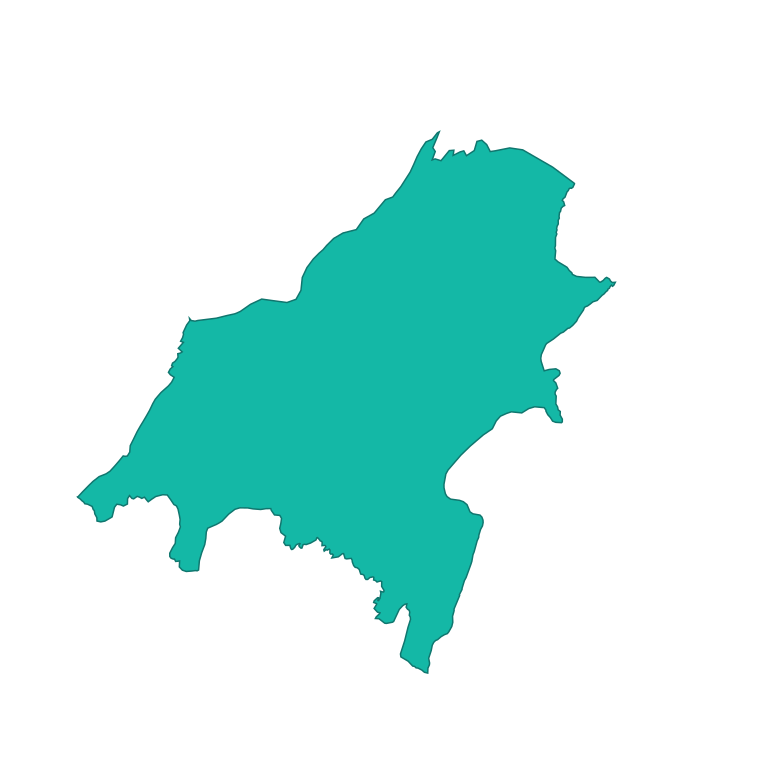 the district of Beyla, Beyla, Guinea, rotated 34°
{"feature_id": "49546643B61238663992809", "entity_name": "Beyla", "entity_type": "district", "adm_level": 2, "iso_a3": "GIN", "parent_name": "Guinea", "parent_adm1": "Beyla", "projection": "equal_earth", "projection_center": [-8.173, 8.91], "detail": "fine", "context": "isolated", "style": "filled", "palette": "teal", "viewbox_px": 768, "rotation_deg": 34, "n_neighbors": 0, "source": "geoboundaries", "source_scale": "gbopen_adm2", "svg_char_len": 6170}
<svg xmlns="http://www.w3.org/2000/svg" viewBox="0 0 768 768"><g transform="rotate(34 384 384)"><path d="M400.1,572.8L400.8,571.9L400.9,571.1L401.3,569.6L401.1,567.0L401.6,565.5L403.2,563.4L403.7,563.4L403.8,565.6L404.7,566.2L407.0,566.5L407.7,565.9L406.8,562.5L407.5,561.5L409.3,560.6L409.7,560.0L412.0,557.0L414.8,551.4L414.3,548.9L414.8,548.5L417.7,549.2L418.7,549.7L420.4,549.4L421.3,549.9L423.0,552.7L425.2,550.9L426.5,551.1L426.9,552.1L426.6,553.4L426.8,555.2L427.9,556.0L428.6,553.8L429.8,553.5L430.9,551.5L432.1,551.9L433.6,554.4L435.0,554.8L436.3,553.8L437.6,554.1L438.0,557.4L442.8,552.8L444.4,547.9L445.3,547.2L449.3,550.4L450.8,549.9L453.0,548.0L454.4,546.9L456.0,547.8L457.3,549.3L458.3,550.0L460.4,551.5L462.6,552.1L464.6,551.3L467.2,551.6L471.0,554.6L473.1,553.7L474.6,553.8L476.8,555.6L478.4,556.1L479.8,555.1L480.5,552.3L482.7,550.1L483.7,550.0L485.0,552.3L486.8,551.7L488.9,552.1L491.2,549.3L492.6,549.1L495.2,553.1L499.4,555.1L500.0,556.3L499.6,557.0L497.0,557.8L498.4,559.2L500.5,563.9L500.6,566.6L500.0,566.9L498.9,564.3L498.2,564.7L497.1,569.2L497.6,570.9L500.7,570.2L501.1,570.8L501.3,575.6L506.2,576.8L508.6,575.9L508.8,576.8L507.8,581.4L508.0,583.2L511.1,581.4L518.3,581.9L519.8,581.2L524.2,576.8L524.8,575.5L522.7,562.3L523.5,557.3L524.5,554.9L525.9,553.5L527.2,556.7L527.8,556.9L529.3,557.5L531.6,557.6L533.0,558.9L534.3,561.6L536.0,562.4L537.6,564.3L540.0,572.4L544.8,585.5L548.6,598.6L550.6,600.8L559.0,600.3L565.5,601.8L567.3,601.0L569.2,601.4L571.1,600.5L575.3,600.0L578.7,600.4L581.9,599.2L579.3,595.0L578.7,591.5L577.8,589.8L574.4,586.4L572.2,578.6L570.1,573.6L569.7,570.4L570.2,567.8L571.4,566.0L572.6,561.6L574.3,558.0L576.1,555.5L576.3,553.3L575.8,547.2L574.3,543.1L570.7,538.2L569.3,533.9L568.8,532.6L567.9,531.4L565.0,517.1L564.3,516.5L563.6,510.8L562.9,509.5L560.6,502.0L560.3,498.6L556.9,485.0L556.0,481.9L553.2,475.7L552.6,472.8L548.9,461.9L548.3,458.3L547.1,456.1L545.4,450.6L545.0,446.6L543.7,443.5L542.2,441.5L539.6,439.6L536.9,439.0L530.3,441.9L526.8,441.9L520.3,437.6L515.6,437.2L511.7,438.2L503.6,442.2L499.2,442.1L496.2,440.6L491.8,436.5L489.8,433.6L485.6,424.0L485.2,419.4L487.5,400.1L490.2,387.2L494.8,370.6L498.8,360.6L498.7,359.5L497.7,351.9L498.5,345.6L502.1,339.8L505.1,335.9L514.4,330.9L517.8,323.3L519.0,321.9L521.7,318.6L530.1,314.0L532.8,315.1L533.5,316.0L537.0,317.9L540.7,318.8L544.5,320.5L547.7,319.8L552.8,316.8L553.0,315.7L551.5,313.4L547.4,311.3L545.5,308.2L542.8,308.0L540.7,305.9L537.6,304.4L533.5,297.7L531.5,296.7L530.4,295.0L530.1,292.1L530.4,290.4L525.8,287.0L522.6,286.4L522.2,285.4L524.3,279.0L524.0,276.6L521.9,275.0L518.0,275.3L512.9,279.5L509.4,283.5L501.6,277.3L499.5,274.9L498.9,273.5L498.0,271.7L497.0,266.0L496.1,261.1L496.2,259.4L499.3,252.0L502.0,243.2L503.7,240.6L505.3,235.0L506.5,233.8L507.7,229.7L508.5,224.3L508.3,222.8L508.0,220.9L508.0,211.2L507.4,208.8L507.7,207.4L509.1,205.5L510.2,202.5L511.2,199.1L514.0,195.5L515.2,188.5L516.0,186.5L516.5,183.0L517.1,181.5L516.6,180.4L517.3,178.5L517.0,176.8L517.3,174.8L518.8,175.2L519.3,173.8L518.9,170.3L516.5,172.2L514.3,172.0L512.2,170.9L509.0,171.1L508.3,172.5L507.8,175.7L506.4,178.7L505.7,179.0L499.2,177.6L492.8,182.0L491.1,183.1L483.5,187.1L478.9,187.8L477.6,186.8L474.1,186.3L470.5,184.9L459.8,185.4L455.8,184.8L451.8,177.5L449.5,175.7L448.8,173.5L444.2,166.5L443.4,163.0L441.9,162.0L441.3,159.5L440.4,158.9L439.3,156.5L439.0,153.9L436.9,150.9L436.6,148.5L435.3,147.0L433.6,143.6L433.9,142.4L432.6,139.1L433.1,136.5L434.0,135.0L431.1,132.5L429.1,132.1L428.9,130.3L429.6,127.9L428.3,122.4L428.6,120.7L428.3,118.4L428.9,117.4L429.9,117.0L430.6,115.4L430.0,111.5L429.7,111.2L402.7,109.9L368.1,112.3L356.2,118.0L345.8,128.5L342.1,131.9L335.3,128.1L328.7,127.2L325.4,130.9L328.3,140.0L324.7,148.6L319.8,146.1L317.4,148.9L313.5,155.8L311.2,151.1L307.6,154.0L306.4,167.0L300.5,168.8L298.6,171.3L296.5,162.6L292.3,160.8L290.2,150.1L288.8,144.0L287.8,145.9L287.2,154.1L283.4,159.9L283.4,168.1L284.3,177.0L285.9,185.5L287.2,193.7L287.4,202.3L287.6,210.9L286.9,219.2L286.7,224.1L282.1,230.5L280.3,247.8L274.9,258.5L274.7,271.5L265.6,281.7L260.9,291.5L259.0,301.2L258.4,306.7L257.0,312.0L255.5,319.9L255.0,330.5L256.7,341.4L262.8,352.8L263.7,363.0L258.0,370.7L243.7,377.8L235.1,382.0L228.8,392.5L224.3,404.2L222.4,407.3L221.1,409.2L215.4,415.2L208.2,423.2L194.1,435.5L192.2,437.6L190.8,438.2L188.8,439.2L186.1,438.4L187.6,440.0L187.4,445.5L188.7,453.7L190.0,454.9L191.1,458.2L191.5,462.3L194.4,461.6L193.5,469.4L198.7,470.2L198.0,472.1L196.1,474.2L198.3,477.0L198.4,478.7L198.1,482.2L197.0,484.9L197.7,487.6L199.3,487.7L198.4,491.1L198.8,494.9L201.7,495.8L206.3,495.8L206.9,501.3L206.3,506.4L205.0,511.4L203.9,515.8L203.4,519.9L202.9,524.5L203.3,529.6L203.7,532.2L204.4,537.0L204.9,543.4L205.3,550.0L205.5,554.7L206.0,561.5L207.3,570.7L208.1,577.0L211.3,582.6L211.5,587.2L209.9,588.7L208.0,589.5L207.4,596.2L206.6,602.9L205.6,609.6L203.7,614.1L199.6,620.1L197.2,627.5L196.1,632.8L194.4,642.0L193.4,648.5L193.0,649.0L193.4,649.2L195.2,649.2L196.5,649.2L198.8,649.7L201.1,649.8L202.9,650.6L205.5,649.4L210.5,648.7L213.2,650.7L214.6,650.9L215.4,651.8L216.9,653.4L220.7,655.4L222.7,658.1L226.3,656.7L229.3,653.7L232.2,647.8L232.9,646.2L229.5,636.9L229.7,633.1L233.0,631.5L236.2,630.9L238.4,627.0L235.5,622.4L235.4,618.8L239.0,619.8L240.7,619.2L242.2,615.2L244.6,614.5L247.1,614.3L248.7,611.8L252.1,612.9L254.4,613.5L255.9,609.3L257.7,604.9L260.7,601.5L262.5,599.5L266.4,597.2L271.6,599.1L277.2,601.4L280.1,601.1L283.2,602.9L287.6,607.1L290.7,610.3L293.0,614.5L295.1,616.3L296.5,622.0L297.2,628.0L300.1,632.9L300.2,637.9L301.0,644.1L302.9,646.8L304.9,647.5L307.2,647.0L308.2,646.3L310.5,647.6L312.1,646.3L313.5,645.0L316.6,650.1L320.9,651.1L324.9,650.0L329.4,646.4L331.9,644.2L333.6,643.3L334.3,641.9L329.8,633.8L327.2,625.8L325.2,617.4L322.7,611.8L319.4,606.0L318.5,602.1L321.8,596.9L323.5,594.3L325.0,591.4L326.4,588.2L328.0,578.7L330.5,571.2L333.7,567.3L340.4,562.9L345.2,560.8L351.9,557.0L355.9,553.3L359.8,550.6L361.1,551.7L366.4,553.8L371.1,551.2L374.2,552.7L376.4,557.2L378.3,562.0L381.7,564.8L387.5,565.2L389.6,571.5L392.7,572.8L396.2,570.4L397.8,571.8L399.1,572.7L400.1,572.8Z" fill="#14b8a6" stroke="#0f766e" stroke-width="1.5"/></g></svg>